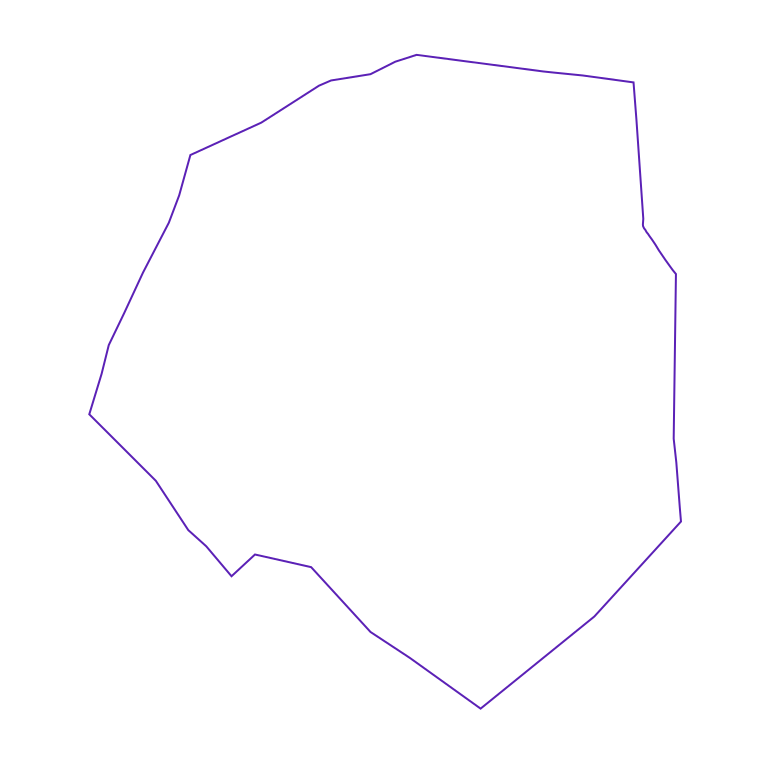 Delgerex, Dornogovi, Mongolia (Robinson projection), rotated 268°
{"feature_id": "93677404B19423988530826", "entity_name": "Delgerex", "entity_type": "district", "adm_level": 2, "iso_a3": "MNG", "parent_name": "Mongolia", "parent_adm1": "Dornogovi", "projection": "robinson", "projection_center": [111.393, 45.854], "detail": "fine", "context": "isolated", "style": "outline", "palette": "violet", "viewbox_px": 768, "rotation_deg": 268, "n_neighbors": 0, "source": "geoboundaries", "source_scale": "gbopen_adm2", "svg_char_len": 812}
<svg xmlns="http://www.w3.org/2000/svg" viewBox="0 0 768 768"><g transform="rotate(268 384 384)"><path d="M236.2,676.0L250.4,675.3L295.4,673.4L319.2,671.6L483.7,679.6L487.8,676.5L490.6,674.6L498.1,669.6L507.9,663.4L513.8,660.1L519.1,656.8L522.2,654.7L523.8,653.7L524.8,653.1L525.8,652.3L526.8,651.6L529.0,650.5L529.5,650.1L530.4,649.4L531.3,649.0L532.8,648.4L534.4,648.3L540.0,648.9L639.3,645.5L676.7,643.9L685.4,593.4L689.3,564.6L690.8,554.0L711.8,428.0L705.7,406.5L694.1,381.3L689.2,341.7L684.4,329.4L649.5,270.5L636.4,238.9L619.6,198.5L579.7,185.9L552.7,174.6L503.7,147.0L463.7,126.7L432.5,110.3L403.9,102.1L364.0,88.4L295.2,152.6L244.8,183.3L228.0,200.7L197.2,224.9L218.1,249.1L203.5,304.8L136.6,361.9L109.4,400.2L56.2,469.2L144.3,586.1L236.2,676.0Z" fill="none" stroke="#5b21b6" stroke-width="2"/></g></svg>